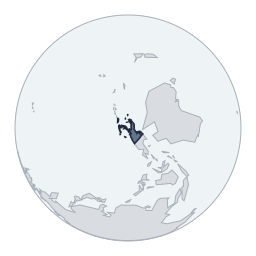 Papua New Guinea on an orthographic globe, rotated 221°
{"feature_id": "PNG", "entity_name": "Papua New Guinea", "entity_type": "country or territory", "adm_level": 0, "iso_a3": "PNG", "parent_name": "Oceania", "parent_adm1": "", "projection": "orthographic", "projection_center": [148.76, -6.492], "detail": "medium", "context": "on_globe", "style": "filled", "palette": "slate", "viewbox_px": 256, "rotation_deg": 221, "n_neighbors": 0, "source": "natural_earth", "source_scale": "50m", "svg_char_len": 7469}
<svg xmlns="http://www.w3.org/2000/svg" viewBox="0 0 256 256"><g transform="rotate(221 128 128)"><circle cx="128" cy="128" r="113" fill="#eef3f6" stroke="#a8b0b8"/><path d="M184.1,148.5L184.1,149.4L184.0,149.5L184.1,148.5ZM192.6,35.7L186.0,31.5L177.3,27.5L177.8,28.6L175.2,26.8L178.2,30.9L175.5,31.9L176.6,29.5L175.2,28.3L172.4,28.1L170.3,26.9L167.8,26.2L165.6,24.9L166.4,24.0L165.0,23.3L163.1,23.2L159.7,22.2L162.7,22.3L157.1,20.6L157.4,19.6L165.9,21.9L175.2,25.7L184.1,30.4L192.6,35.7ZM215.9,84.9L215.0,82.4L216.5,84.0L215.9,84.9ZM213.7,81.0L214.2,81.8L213.7,81.1L213.7,81.0ZM212.9,80.5L213.5,80.9L212.9,80.7L212.9,80.5ZM211.9,80.2L212.4,80.3L211.9,80.2ZM210.1,79.0L209.6,78.6L210.0,78.4L210.1,79.0ZM193.0,36.1L192.9,36.0L196.0,38.2L195.1,37.6L193.0,36.1ZM178.6,29.9L179.8,30.0L179.3,30.3L178.6,29.9ZM167.9,26.4L168.2,26.8L166.7,26.3L167.9,26.4ZM162.1,24.0L159.7,23.3L162.2,23.8L162.1,24.0ZM158.4,22.7L152.5,21.3L152.7,22.0L149.0,19.6L155.1,21.4L158.3,21.9L157.3,22.1L158.4,22.7ZM147.8,18.7L146.5,18.4L148.0,18.6L147.8,18.7ZM86.8,23.2L87.1,23.1L87.3,23.0L95.5,20.2L97.7,19.5L99.9,18.9L111.2,16.7L112.4,16.9L108.5,17.6L116.2,17.3L116.9,18.3L118.0,17.9L122.5,17.9L122.3,17.5L123.2,17.3L134.6,18.2L136.3,18.8L142.5,19.4L143.1,19.3L142.2,18.7L149.0,19.6L152.7,22.0L151.2,22.1L154.5,23.8L150.5,24.0L148.8,25.2L142.4,25.0L141.6,26.3L143.0,26.9L143.0,29.4L137.9,33.1L135.7,27.5L142.1,23.0L138.9,24.4L137.7,23.5L135.5,23.7L133.4,24.9L134.3,25.4L121.4,25.5L112.7,29.5L117.9,29.9L119.1,31.8L113.8,38.4L96.6,47.3L98.2,51.4L97.0,53.9L92.8,55.1L94.4,51.4L91.9,49.8L93.5,47.7L87.2,48.9L89.2,46.1L83.4,48.8L83.5,51.2L88.2,50.9L82.4,54.9L84.7,59.5L82.8,65.1L71.6,74.8L63.5,77.8L62.5,79.7L60.4,77.6L55.9,81.4L58.4,92.4L57.7,95.8L51.2,102.1L51.4,99.7L45.7,93.9L43.4,101.9L47.6,108.4L49.0,116.4L45.2,114.0L43.9,107.0L42.0,104.8L43.4,97.8L43.6,87.8L39.8,90.0L41.0,86.0L40.6,78.4L35.6,81.4L27.3,92.8L24.6,103.4L22.4,108.4L23.3,94.0L26.2,84.4L24.9,85.7L27.2,78.4L26.6,78.9L30.5,71.5L35.0,64.4L40.0,57.7L45.5,51.3L51.4,45.4L57.8,39.9L64.6,34.9L71.7,30.5L79.1,26.5L86.8,23.2ZM54.7,210.5L56.6,211.7L56.4,212.0L54.7,210.5ZM72.8,135.7L75.9,136.3L75.9,136.8L72.8,135.7ZM69.5,133.7L72.9,134.0L69.0,134.9L69.5,133.7ZM74.3,134.1L77.8,133.2L79.4,132.4L79.2,133.5L74.3,134.1ZM67.2,133.7L55.5,133.5L51.2,132.2L52.0,130.2L59.1,130.6L67.2,133.7ZM51.7,130.1L45.2,124.9L37.9,109.8L40.5,109.8L48.5,118.8L47.9,120.4L51.8,124.6L51.7,130.1ZM68.0,120.1L67.4,125.1L60.8,124.6L57.9,123.8L55.9,117.4L57.0,114.2L59.3,114.3L69.4,103.7L72.6,106.4L69.3,110.8L72.1,115.2L68.0,120.1ZM24.7,104.3L24.9,110.4L23.8,111.7L24.7,104.3ZM74.2,96.6L69.6,101.0L74.0,95.0L74.2,96.6ZM77.3,91.0L77.2,93.3L75.8,91.0L77.3,91.0ZM61.7,82.7L59.2,83.2L59.5,81.7L62.9,80.2L61.7,82.7ZM81.3,69.9L79.9,74.2L78.9,75.7L78.5,73.0L81.3,69.9ZM110.1,16.8L112.9,16.4L112.2,16.5L110.1,16.8ZM113.3,16.3L113.0,16.4L110.9,16.7L111.3,16.6L113.3,16.3ZM161.7,192.5L164.2,194.0L161.5,197.2L157.2,200.2L152.0,200.4L161.7,192.5ZM124.1,195.9L122.0,191.4L127.3,191.6L126.8,195.3L124.1,195.9ZM164.8,190.3L167.1,186.8L166.1,181.7L168.1,186.6L172.2,187.7L165.5,193.9L164.8,190.3ZM99.2,176.1L80.9,183.3L76.3,182.1L76.1,178.6L69.4,167.9L70.8,168.2L68.3,161.1L78.4,155.1L85.2,144.2L92.3,145.3L96.8,137.6L104.6,138.8L103.0,145.0L112.1,150.0L116.0,136.3L123.6,152.3L131.6,158.9L136.3,169.5L129.9,185.9L124.3,188.6L122.2,186.7L120.1,188.3L115.5,187.0L111.0,180.9L109.0,182.4L110.0,178.3L107.6,181.8L104.3,177.9L99.2,176.1ZM155.9,154.9L157.5,155.7L160.9,159.0L158.1,158.0L155.9,154.9ZM180.0,150.8L181.2,152.4L179.3,152.3L180.0,150.8ZM184.0,149.5L181.7,149.5L184.1,148.5L184.0,149.5ZM162.3,147.0L163.3,148.2L162.7,148.4L162.3,147.0ZM161.6,146.6L162.3,145.2L162.4,146.7L161.6,146.6ZM152.8,136.8L153.6,136.2L154.1,136.9L152.8,136.8ZM80.6,136.6L84.8,132.8L87.3,132.6L80.6,136.6ZM151.2,134.9L149.0,134.4L149.1,133.6L151.2,134.9ZM151.2,133.0L150.8,131.9L152.5,134.8L151.2,133.0ZM146.6,129.8L149.6,132.3L146.3,130.0L146.6,129.8ZM145.0,129.8L143.0,128.7L143.2,128.3L145.0,129.8ZM124.5,128.5L131.7,136.0L126.4,135.1L120.2,130.3L116.1,133.6L106.5,132.0L108.4,129.8L106.9,126.1L97.5,123.8L95.5,121.3L98.7,120.0L92.7,117.7L99.3,117.2L102.1,122.2L105.9,118.8L112.8,120.5L119.8,122.9L125.8,127.2L124.5,128.5ZM99.7,127.7L100.8,127.8L99.9,129.2L99.7,127.7ZM139.2,125.4L142.1,128.2L141.9,128.7L140.5,128.2L139.2,125.4ZM127.1,126.5L133.4,123.4L135.0,123.7L130.9,127.7L127.1,126.5ZM131.7,120.6L134.8,121.6L136.6,124.1L136.0,124.6L131.7,120.6ZM86.3,122.3L86.1,123.6L84.5,122.5L86.3,122.3ZM88.4,121.6L93.4,123.4L88.0,122.7L88.4,121.6ZM74.1,116.4L75.4,119.5L79.7,117.7L76.5,120.4L79.5,125.7L78.6,127.6L75.5,121.9L74.8,127.6L73.0,127.4L71.8,122.5L73.5,116.6L75.4,114.2L83.1,113.6L74.1,116.4ZM88.3,117.8L87.0,114.2L88.0,111.9L89.3,113.8L88.3,117.8ZM83.5,105.5L80.6,101.3L77.5,102.7L84.0,97.5L85.7,102.3L83.5,105.5ZM81.6,96.7L78.7,97.9L81.9,94.8L81.6,96.7ZM78.1,96.5L78.2,93.8L80.3,94.3L78.1,96.5ZM83.0,96.9L84.1,92.3L84.8,95.0L83.0,96.9ZM78.2,87.9L82.1,92.4L76.4,90.3L77.8,81.8L80.3,81.7L78.2,87.9ZM102.3,57.2L102.5,55.2L105.3,55.0L104.3,56.4L102.3,57.2ZM114.4,53.3L106.1,54.3L99.5,55.5L100.8,56.6L98.1,59.9L96.8,56.5L102.5,53.1L107.2,52.9L109.3,50.3L113.6,48.9L114.8,45.7L117.1,44.5L117.5,47.5L114.4,53.3ZM115.1,44.3L118.7,39.2L123.2,40.6L123.4,42.0L119.9,43.7L117.7,42.8L115.1,44.3ZM120.9,38.5L118.8,37.8L119.7,30.7L121.0,29.7L122.7,35.2L120.9,34.9L119.8,36.5L120.9,38.5ZM146.2,18.5L146.5,18.4L147.2,18.7L146.2,18.5ZM123.0,17.2L124.3,17.0L125.1,17.2L123.0,17.2ZM128.4,16.7L126.7,16.6L129.0,16.6L128.4,16.7ZM122.7,16.4L126.2,16.4L122.1,16.6L122.7,16.4Z" fill="#d9dde1" stroke="#a8b0b8" stroke-width="1"/><path d="M112.9,133.3L112.9,128.9L112.6,128.6L112.8,120.5L117.7,122.0L118.8,122.8L119.6,122.8L122.1,124.7L122.1,125.9L125.7,127.1L126.1,127.7L126.2,128.3L124.5,128.7L124.9,129.7L126.8,131.2L127.7,133.0L128.9,133.0L129.0,133.9L130.4,134.3L129.9,134.5L130.2,134.9L132.0,135.4L131.3,135.5L131.6,135.9L131.0,136.2L129.9,135.6L126.1,135.0L124.6,133.7L124.5,133.1L123.9,132.8L122.7,131.1L119.7,130.1L119.0,130.5L118.1,130.0L118.6,130.9L117.8,131.0L118.0,131.4L115.9,131.7L115.5,131.4L115.3,131.4L115.8,131.8L117.0,132.0L117.5,132.9L116.2,133.6L115.4,133.3L112.9,133.3ZM133.6,123.5L134.6,123.5L135.1,123.8L135.0,124.7L134.3,125.2L134.5,126.0L133.4,126.2L132.8,126.9L131.3,127.6L129.7,127.6L127.2,126.4L127.4,126.0L130.1,126.1L130.6,125.1L130.8,126.1L132.2,126.0L133.0,125.0L133.7,124.9L133.6,123.5ZM142.0,128.5L141.6,128.8L140.8,128.5L140.6,127.7L139.7,127.0L139.7,126.0L140.4,126.4L142.0,128.5ZM136.2,124.6L135.8,124.4L135.7,123.4L134.9,122.3L131.9,120.6L132.1,120.3L134.4,121.7L136.3,123.3L136.6,123.8L136.2,124.6ZM123.9,119.1L125.4,119.3L123.7,119.6L123.9,119.1ZM131.4,133.6L131.9,133.8L132.1,134.2L131.2,134.2L131.4,133.6ZM131.3,120.5L130.8,120.5L130.4,120.1L130.9,119.9L131.3,120.1L131.3,120.5ZM132.5,134.9L132.9,134.8L132.8,135.3L132.3,135.1L131.9,134.3L132.5,134.9ZM135.3,133.0L136.1,133.1L136.2,133.4L135.3,133.0ZM136.6,137.5L137.6,138.0L136.7,137.9L136.6,137.5ZM126.6,126.7L126.1,126.3L126.1,126.0L126.6,126.3L126.6,126.7ZM131.1,133.9L130.6,133.6L130.8,133.3L131.0,133.5L131.1,133.9ZM139.5,126.0L139.3,125.3L139.5,125.2L139.7,125.6L139.5,126.0ZM124.9,125.9L124.6,125.7L124.8,125.4L125.0,125.6L124.9,125.9ZM130.0,118.3L129.5,118.1L129.6,117.9L129.9,118.1L130.0,118.3ZM122.7,124.4L122.4,124.4L122.6,124.2L122.7,124.4ZM132.6,132.4L132.4,132.0L132.6,131.8L132.6,132.1L132.6,132.4ZM117.7,132.0L118.0,132.3L117.2,131.9L117.7,132.0Z" fill="#64748b" stroke="#1e293b" stroke-width="1.5"/></g></svg>